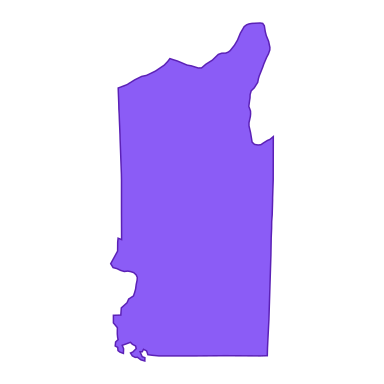 outline of Terra Roxa, Paraná, Brazil
{"feature_id": "56859067B44295253149828", "entity_name": "Terra Roxa", "entity_type": "district", "adm_level": 2, "iso_a3": "BRA", "parent_name": "Brazil", "parent_adm1": "Paraná", "projection": "mercator", "projection_center": [-54.077, -24.189], "detail": "fine", "context": "isolated", "style": "filled", "palette": "violet", "viewbox_px": 384, "rotation_deg": 0, "n_neighbors": 0, "source": "geoboundaries", "source_scale": "gbopen_adm2", "svg_char_len": 1941}
<svg xmlns="http://www.w3.org/2000/svg" viewBox="0 0 384 384"><path d="M169.9,58.6L167.7,61.5L164.3,65.1L155.4,71.1L146.5,75.4L141.7,76.4L134.8,79.8L126.9,84.7L118.2,88.0L118.3,91.3L118.8,104.6L118.9,109.1L119.2,114.5L119.4,120.4L119.7,127.5L120.0,134.8L120.1,138.9L121.4,174.2L121.5,180.2L121.5,195.8L121.5,212.4L121.6,239.6L118.1,238.2L117.7,242.1L117.6,251.1L110.7,263.7L113.1,267.6L116.9,268.6L120.6,270.4L124.3,271.5L127.8,271.1L130.6,271.6L133.7,272.6L136.1,274.8L137.3,277.4L137.1,280.2L136.2,284.5L135.6,289.0L134.7,292.3L133.5,295.9L128.7,299.0L127.0,302.8L121.3,307.9L120.8,315.1L113.4,315.3L113.4,322.9L117.4,327.7L117.3,331.2L117.3,334.0L117.6,337.3L118.1,339.6L115.6,342.0L115.2,346.0L117.7,347.4L118.0,350.6L119.9,352.1L123.4,353.4L123.6,348.8L122.2,345.3L125.9,344.0L130.4,342.3L132.3,344.2L135.6,346.0L136.2,348.6L132.8,352.0L130.5,353.0L132.3,355.9L135.2,357.4L137.5,357.3L140.8,359.8L144.8,361.0L144.9,357.7L142.2,356.7L140.0,351.7L142.2,351.8L143.5,349.3L146.6,350.9L147.9,354.7L152.4,355.3L158.8,355.9L181.9,355.9L195.4,355.9L225.2,355.7L244.9,355.8L260.3,355.9L267.3,355.7L267.5,347.8L267.9,339.4L268.7,323.7L268.9,320.0L270.9,255.3L271.2,237.8L271.6,228.6L271.7,221.5L272.2,214.8L272.6,200.4L272.6,197.9L273.2,179.8L273.3,136.6L270.0,139.4L267.5,140.4L263.2,143.1L260.9,144.7L258.1,145.0L254.5,144.4L252.1,142.1L250.5,132.4L249.0,125.9L249.0,122.7L250.4,116.3L250.6,113.9L250.5,111.0L248.8,106.3L249.6,100.4L250.0,97.9L250.1,94.6L251.2,90.8L254.2,87.9L257.7,82.4L258.4,78.8L259.2,76.0L262.7,67.2L263.8,64.0L266.7,57.2L268.4,54.0L269.8,50.0L269.9,47.4L268.6,41.3L266.3,35.7L265.3,31.8L264.3,25.7L262.7,23.4L260.2,23.0L251.9,23.4L249.0,23.9L246.6,24.8L244.2,26.6L240.4,33.1L237.5,40.1L234.5,45.2L230.2,50.6L228.4,52.0L225.8,53.1L221.7,53.2L218.3,54.4L212.4,60.1L205.9,64.2L201.6,67.9L198.3,68.0L191.2,65.8L187.1,65.1L181.5,62.7L177.4,61.0L172.6,59.5L169.9,58.6Z" fill="#8b5cf6" stroke="#5b21b6" stroke-width="1.5"/></svg>